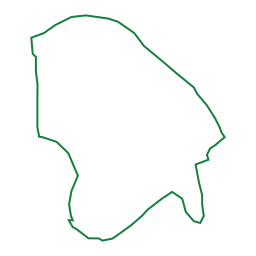 Kusong City, P'yŏngan-bukto, North Korea
{"feature_id": "82179303B13626815484241", "entity_name": "Kusong City", "entity_type": "district", "adm_level": 2, "iso_a3": "PRK", "parent_name": "North Korea", "parent_adm1": "P'yŏngan-bukto", "projection": "albers", "projection_center": [125.193, 39.953], "detail": "fine", "context": "isolated", "style": "outline", "palette": "green", "viewbox_px": 256, "rotation_deg": 0, "n_neighbors": 0, "source": "geoboundaries", "source_scale": "gbopen_adm2", "svg_char_len": 836}
<svg xmlns="http://www.w3.org/2000/svg" viewBox="0 0 256 256"><path d="M39.0,136.6L42.5,137.2L56.5,141.8L68.3,153.1L74.0,166.6L77.9,175.6L71.4,191.2L69.1,204.6L70.9,215.8L72.8,220.3L68.8,220.2L72.6,227.0L76.6,229.2L82.6,233.8L88.5,238.3L98.6,238.4L102.6,240.6L112.7,238.5L131.2,225.2L141.5,216.3L147.7,209.6L162.0,198.6L172.2,191.9L182.2,198.7L185.9,212.1L193.8,221.1L200.2,223.0L203.8,215.9L202.2,204.6L202.1,195.0L198.9,182.2L195.6,164.5L208.5,159.7L206.9,154.9L210.1,148.5L215.0,145.3L224.7,137.2L221.4,132.4L219.8,127.6L214.9,118.0L206.8,105.2L197.2,93.9L193.9,87.5L176.2,73.1L163.2,61.9L143.9,45.9L134.2,33.0L118.1,21.8L108.4,18.6L85.9,15.4L71.4,17.0L55.3,25.0L44.0,33.0L31.3,37.7L32.7,53.8L35.9,57.0L35.9,71.5L37.5,84.3L37.4,100.3L37.4,118.0L37.4,127.6L39.0,135.6L39.0,136.6Z" fill="none" stroke="#15803d" stroke-width="2"/></svg>